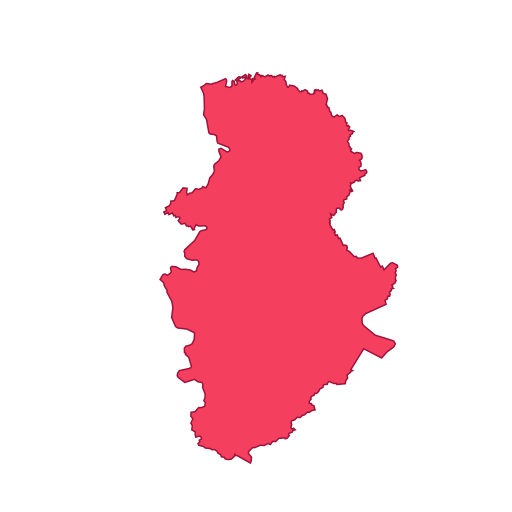 Rockhampton, Queensland, Australia, rotated 238°
{"feature_id": "25037944B96392818490355", "entity_name": "Rockhampton", "entity_type": "district", "adm_level": 2, "iso_a3": "AUS", "parent_name": "Australia", "parent_adm1": "Queensland", "projection": "natural_earth1", "projection_center": [150.365, -23.417], "detail": "fine", "context": "isolated", "style": "filled", "palette": "rose", "viewbox_px": 512, "rotation_deg": 238, "n_neighbors": 0, "source": "geoboundaries", "source_scale": "gbopen_adm2", "svg_char_len": 6125}
<svg xmlns="http://www.w3.org/2000/svg" viewBox="0 0 512 512"><g transform="rotate(238 256 256)"><path d="M347.1,395.5L351.5,400.0L356.2,401.1L358.0,399.2L361.7,399.8L362.1,397.4L364.0,396.8L364.5,394.9L365.4,395.0L365.6,393.3L364.0,393.0L364.2,392.0L363.0,391.8L363.3,389.4L364.5,387.5L366.3,387.1L366.7,386.2L368.6,387.1L371.0,385.8L371.1,383.2L371.8,382.5L371.2,381.4L371.9,380.4L375.1,379.6L375.9,380.1L380.0,378.4L383.0,375.1L382.0,373.1L382.3,372.4L384.5,372.3L388.2,373.8L390.7,373.5L392.9,376.0L393.8,373.8L395.5,373.8L395.7,372.8L396.9,372.5L397.8,366.5L398.8,366.5L399.1,365.0L400.7,364.9L401.6,363.5L401.2,362.9L403.2,362.1L403.1,359.3L403.6,358.1L405.5,357.1L405.4,355.5L406.4,355.9L406.5,355.2L407.8,355.1L409.0,353.5L410.2,354.6L411.0,353.6L408.4,349.2L406.5,348.9L408.2,347.4L408.1,346.5L406.1,346.4L405.4,344.7L407.9,345.8L410.2,344.2L411.5,347.4L413.9,346.2L410.6,343.0L412.8,342.3L413.7,343.6L415.5,343.1L415.3,338.5L414.1,338.8L413.2,341.6L411.8,340.8L411.0,338.7L411.2,336.0L413.2,335.3L414.4,333.7L415.1,334.3L415.1,337.1L416.4,337.3L417.2,336.1L416.2,331.7L414.0,332.6L411.4,330.8L411.6,329.4L412.4,328.8L415.5,330.0L417.2,329.2L416.8,328.1L413.0,325.8L412.7,323.2L415.9,320.0L420.0,323.9L421.5,324.5L422.6,323.9L423.9,314.7L425.3,310.4L425.0,309.5L428.6,305.4L428.1,302.0L428.4,298.6L421.9,297.8L418.9,296.6L408.2,290.3L403.6,286.4L398.0,286.4L385.4,281.3L383.7,281.8L381.2,284.9L378.8,286.2L374.0,283.8L371.8,283.5L362.8,290.3L360.2,290.4L359.1,289.5L359.4,286.7L365.9,283.4L366.3,281.2L364.5,280.0L358.6,278.9L356.4,274.8L355.8,269.3L354.1,267.5L350.0,265.7L347.8,261.9L346.9,258.4L342.4,253.5L340.4,249.7L343.1,247.5L342.3,246.4L342.8,242.8L345.1,240.4L343.4,235.2L344.4,233.0L344.2,230.1L346.5,230.7L349.9,233.4L352.4,230.3L350.3,224.6L351.4,222.6L350.5,222.3L346.1,216.1L347.7,212.9L346.0,211.7L344.5,209.2L345.0,204.8L341.8,204.3L342.2,201.2L339.7,200.8L339.4,204.3L337.3,204.0L336.8,208.0L333.7,207.5L333.5,208.8L331.0,208.5L330.7,210.9L328.6,211.9L327.1,208.7L323.3,209.3L322.5,209.7L321.4,213.1L318.2,213.0L317.6,214.2L316.7,214.3L315.9,216.3L311.5,216.2L311.0,217.8L312.1,217.8L314.3,221.9L311.9,223.1L308.4,229.1L306.3,229.7L305.1,228.7L304.8,227.4L306.4,223.4L306.4,221.2L301.6,212.2L299.1,198.9L297.8,197.3L296.1,197.1L293.4,195.4L290.6,195.7L286.2,199.6L284.1,203.7L281.8,204.5L279.2,203.4L277.4,199.9L274.9,197.5L275.5,194.7L278.6,193.2L282.2,189.1L284.4,185.2L289.2,182.5L291.9,178.9L291.3,177.2L287.7,175.9L286.8,174.4L286.6,170.6L288.9,169.4L289.5,167.4L287.0,162.2L282.2,163.6L279.6,162.5L273.5,162.3L272.6,161.3L262.2,160.6L256.2,158.1L248.6,151.9L238.8,150.4L236.4,151.5L230.8,158.5L223.5,163.2L217.9,159.3L215.4,155.2L215.6,152.1L216.7,148.6L215.7,146.3L211.9,144.1L210.8,144.9L209.8,144.0L205.7,145.3L196.3,142.6L195.8,141.1L196.3,139.0L199.4,130.3L198.4,127.8L196.2,125.7L194.3,125.7L186.5,128.6L184.0,138.5L180.2,140.0L177.4,143.1L175.5,143.1L173.0,141.1L165.9,139.7L163.0,137.8L160.9,135.1L158.7,135.4L155.7,132.9L156.3,129.6L157.8,126.9L156.2,121.7L157.9,118.1L154.5,115.8L151.4,116.2L148.8,112.2L145.9,112.1L142.6,109.4L138.8,111.4L137.3,110.0L134.3,108.9L133.2,112.9L131.6,113.5L129.7,112.7L129.9,110.3L128.2,109.8L127.7,107.4L125.8,107.1L122.3,110.5L120.1,111.2L116.8,115.3L115.0,116.0L113.7,118.4L111.0,119.5L108.8,119.3L106.4,120.8L104.1,120.2L102.0,122.5L100.2,122.3L98.0,124.7L96.8,127.6L97.6,131.3L98.9,133.1L97.4,133.0L96.8,134.2L83.4,141.5L84.6,143.2L87.8,145.6L92.4,145.0L93.8,145.7L95.1,150.3L95.2,151.7L94.2,153.3L93.2,159.5L91.0,162.4L90.6,166.7L88.5,168.4L90.0,172.0L88.2,174.3L89.3,178.6L86.5,184.1L85.5,183.9L85.0,185.7L86.0,189.0L87.4,189.1L88.2,190.1L87.4,193.3L88.4,194.6L87.8,197.2L90.0,196.6L90.2,194.8L92.2,194.7L94.3,197.1L96.4,197.5L97.4,199.2L96.5,202.0L97.4,205.4L95.6,207.8L96.2,210.7L95.6,213.0L96.4,216.7L95.1,218.4L95.4,221.4L94.2,224.5L98.4,225.8L100.5,224.2L101.3,224.8L103.1,223.1L104.6,224.2L105.3,226.8L106.8,227.3L107.4,228.6L107.6,229.9L107.0,231.2L108.3,232.9L107.4,234.6L107.9,237.4L109.4,239.7L109.1,243.2L110.8,244.5L110.6,246.3L109.4,248.4L110.5,249.6L110.8,251.0L110.4,251.9L106.6,254.5L105.2,256.7L104.2,256.5L100.4,264.0L102.7,266.0L103.9,269.0L106.9,270.3L107.3,274.6L108.0,275.5L107.6,277.2L109.4,276.2L120.3,298.2L102.9,308.5L105.2,316.1L105.9,324.8L107.7,327.6L110.6,327.8L111.7,327.2L125.7,315.1L139.9,310.4L142.4,310.3L146.8,312.7L148.4,314.9L149.0,318.6L146.1,340.8L150.1,341.9L150.0,344.7L152.1,346.6L151.1,348.0L152.4,349.5L154.7,350.0L154.9,352.3L156.3,353.0L155.7,355.4L157.1,354.9L158.0,355.9L159.4,355.8L159.4,359.4L161.1,361.9L162.3,361.8L164.6,363.4L165.6,365.0L167.8,365.0L169.2,367.0L171.3,367.5L171.5,370.2L173.2,371.0L177.9,368.2L178.6,366.3L176.4,357.2L180.5,357.8L180.7,355.8L190.7,356.7L190.8,355.8L196.3,356.7L198.4,344.2L200.4,340.9L202.5,340.9L203.4,339.0L210.4,337.6L212.7,336.0L215.1,338.1L216.8,338.4L218.5,336.7L218.6,335.6L226.6,336.7L226.8,335.4L231.0,336.0L231.2,334.4L234.4,334.9L234.3,335.9L237.0,336.4L237.1,335.1L243.1,335.2L244.9,336.4L245.3,335.9L246.3,337.5L248.4,337.7L248.4,340.6L252.1,341.6L249.4,343.0L249.4,344.6L250.4,345.8L250.4,347.1L253.8,349.5L252.6,351.9L249.9,352.5L249.7,354.0L250.9,355.6L253.3,357.0L254.5,359.1L256.3,359.3L257.1,360.6L256.3,363.2L258.1,364.2L258.4,367.1L260.9,370.2L262.4,370.7L262.3,371.3L260.1,371.1L259.9,372.4L265.4,372.8L266.1,374.2L267.9,374.9L266.8,376.1L266.5,378.7L267.1,379.2L267.1,381.3L265.4,382.4L264.5,384.6L267.4,385.0L266.8,391.1L267.8,391.4L267.9,393.9L268.6,394.6L271.0,394.8L272.3,390.2L274.6,389.1L276.7,390.4L276.5,392.4L277.8,393.6L280.4,394.7L282.4,394.4L282.2,396.6L283.1,398.1L285.3,399.3L287.6,399.4L290.5,396.2L290.8,393.9L294.8,391.8L296.1,393.7L297.0,393.0L297.8,393.6L299.8,393.2L302.3,394.4L304.4,394.2L305.1,394.6L305.8,396.8L307.4,398.0L307.5,399.6L308.9,400.3L308.6,402.6L309.8,403.7L309.8,404.9L312.6,402.8L313.0,401.3L314.0,401.0L315.7,403.8L317.7,403.5L317.5,402.6L318.7,402.0L320.7,403.7L321.4,402.9L325.9,404.4L329.6,403.5L330.0,400.7L332.7,399.6L332.5,396.0L333.5,394.9L335.7,394.7L338.3,395.7L339.3,395.1L343.4,396.5L344.3,395.3L346.3,396.1L347.1,395.5Z" fill="#f43f5e" stroke="#9f1239" stroke-width="1.5"/></g></svg>